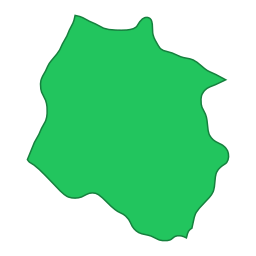 Guananico, Puerto Plata, Dominican Republic
{"feature_id": "3306468B53789709824921", "entity_name": "Guananico", "entity_type": "district", "adm_level": 2, "iso_a3": "DOM", "parent_name": "Dominican Republic", "parent_adm1": "Puerto Plata", "projection": "albers", "projection_center": [-70.91, 19.688], "detail": "fine", "context": "isolated", "style": "filled", "palette": "green", "viewbox_px": 256, "rotation_deg": 0, "n_neighbors": 0, "source": "geoboundaries", "source_scale": "gbopen_adm2", "svg_char_len": 2013}
<svg xmlns="http://www.w3.org/2000/svg" viewBox="0 0 256 256"><path d="M225.7,79.8L215.8,74.5L209.6,71.7L207.1,70.4L204.5,68.5L197.2,62.4L193.1,59.9L189.8,58.8L183.6,57.6L180.5,56.7L172.2,53.0L163.4,50.5L160.9,49.0L159.8,47.9L158.2,45.5L155.3,40.4L154.0,37.7L153.0,34.5L152.7,32.7L152.3,24.2L151.7,21.2L151.1,19.8L150.1,18.6L148.8,17.8L147.4,17.4L146.0,17.4L144.6,17.7L142.3,19.0L139.7,21.8L136.9,26.2L135.9,27.2L133.3,28.7L130.2,29.5L126.8,30.0L121.4,30.2L116.0,30.1L108.8,29.5L103.6,28.2L95.4,23.9L89.5,21.3L82.8,17.7L79.8,16.5L75.1,15.4L74.0,20.2L72.9,23.2L69.4,30.0L66.9,36.0L62.4,44.0L59.7,49.9L56.8,54.1L51.2,60.8L49.2,63.5L47.6,66.5L45.6,70.9L42.6,76.2L41.4,79.0L40.9,80.6L40.5,83.9L40.8,88.9L41.6,92.1L44.9,98.9L45.6,100.3L46.5,103.5L47.0,106.8L47.1,110.3L47.1,113.6L46.7,117.0L45.8,120.3L45.2,121.7L41.5,128.4L38.9,134.4L34.4,142.4L27.4,159.6L28.7,161.4L29.5,162.2L34.1,165.1L39.2,169.4L45.5,175.6L60.3,191.0L64.2,194.5L67.0,196.4L68.6,197.1L71.8,197.9L75.1,198.1L78.4,197.8L81.5,197.0L86.6,194.4L89.3,193.3L92.4,192.9L95.6,193.3L98.5,194.7L102.4,197.8L111.0,206.2L114.9,209.5L117.6,211.4L123.3,214.3L125.7,216.1L128.7,219.5L130.2,222.2L132.2,226.3L134.0,228.8L136.2,230.9L138.7,232.6L141.8,233.8L148.1,235.2L151.2,236.1L158.0,239.4L159.4,240.0L162.6,240.6L167.2,240.6L169.9,240.0L171.1,239.4L174.7,236.6L177.2,235.8L180.1,235.8L181.6,236.0L184.1,236.8L186.4,237.9L187.5,233.7L188.5,231.3L190.1,229.4L191.9,228.2L194.3,217.2L195.4,214.0L196.2,212.4L199.4,208.1L209.3,197.5L211.5,194.7L213.2,191.6L213.7,190.0L214.4,186.7L215.4,176.8L216.1,173.6L216.7,172.1L218.3,169.5L220.3,167.4L222.4,165.7L225.7,163.5L226.7,162.5L228.0,159.9L228.6,156.9L228.4,153.8L228.0,152.2L227.5,150.7L225.8,148.1L224.8,147.0L222.5,145.1L215.7,141.6L213.3,139.9L211.2,137.7L209.5,135.1L208.9,133.6L208.1,130.4L207.0,120.4L206.4,117.2L205.4,114.1L202.0,107.3L201.2,104.1L201.0,99.1L201.5,95.8L202.1,94.2L203.7,91.6L204.7,90.4L207.0,88.4L209.8,86.9L215.6,84.6L225.7,79.8Z" fill="#22c55e" stroke="#15803d" stroke-width="1.5"/></svg>